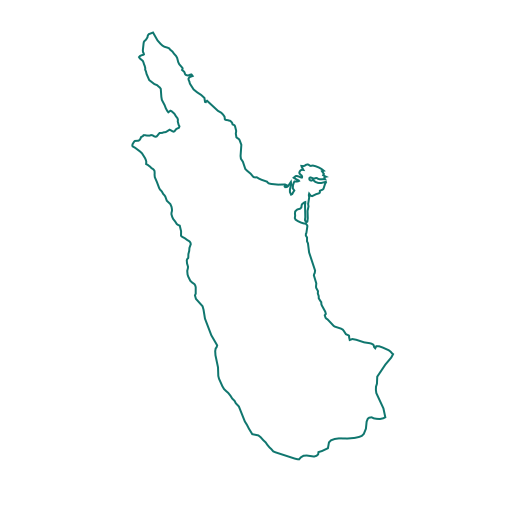 map outline of Canterbury (Mercator projection), rotated 288°
{"feature_id": "NZL-3400", "entity_name": "Canterbury", "entity_type": "Regional Council", "adm_level": 1, "iso_a3": "NZL", "parent_name": "New Zealand", "parent_adm1": "", "projection": "mercator", "projection_center": [172.324, -43.488], "detail": "fine", "context": "isolated", "style": "outline", "palette": "teal", "viewbox_px": 512, "rotation_deg": 288, "n_neighbors": 0, "source": "natural_earth", "source_scale": "10m", "svg_char_len": 6098}
<svg xmlns="http://www.w3.org/2000/svg" viewBox="0 0 512 512"><g transform="rotate(288 256 256)"><path d="M436.7,89.0L430.6,95.7L428.3,99.6L427.2,102.0L426.7,104.2L426.8,107.5L426.6,109.4L425.8,110.4L424.6,113.4L423.1,115.4L421.5,118.2L420.0,119.8L416.4,122.1L414.7,123.7L412.2,127.8L411.8,128.2L411.2,128.3L410.1,128.2L409.0,130.8L408.1,131.6L407.2,132.2L406.6,133.1L406.5,134.8L406.8,135.8L408.2,137.5L408.7,138.5L408.2,139.3L407.6,140.1L405.9,137.9L405.0,137.3L403.8,137.0L402.8,137.4L401.1,138.9L400.3,139.3L399.3,140.1L395.1,145.2L393.5,149.4L392.2,154.1L390.4,158.1L386.8,159.9L386.8,160.7L387.4,160.8L388.5,161.5L382.3,174.9L381.5,178.7L380.3,181.0L378.8,183.0L376.3,184.2L376.1,185.4L376.5,187.5L376.4,188.7L376.6,189.3L376.5,189.9L375.9,191.2L375.2,192.2L374.5,192.6L373.9,193.1L373.8,194.6L373.5,195.4L372.7,196.1L369.2,198.3L368.4,198.6L366.1,199.0L362.8,200.7L362.4,201.8L362.1,203.0L361.7,203.9L361.0,204.7L357.2,207.7L346.4,210.4L343.8,211.6L341.6,214.4L335.5,218.9L334.4,221.0L332.6,225.5L330.7,228.5L330.3,229.4L330.5,231.0L331.1,232.4L330.5,235.0L330.2,237.8L330.1,243.6L329.5,244.3L329.0,245.8L329.2,248.1L330.7,255.0L333.0,261.5L332.8,263.2L331.8,261.9L330.9,261.8L330.5,262.5L331.1,264.0L332.3,264.9L337.2,266.3L335.0,267.3L329.7,267.7L327.3,268.5L325.2,270.4L326.1,271.3L328.3,271.7L330.1,272.2L331.7,270.1L334.7,269.3L337.6,269.3L338.8,269.6L339.2,271.2L339.9,272.8L340.7,273.7L341.0,273.3L341.4,270.5L342.1,267.7L344.2,269.0L344.7,270.0L344.8,271.8L344.6,274.9L344.9,275.5L346.0,275.2L346.7,274.4L347.2,273.1L347.9,271.9L348.9,271.4L350.1,271.5L351.3,272.0L352.2,273.0L352.5,274.5L354.8,272.0L355.7,271.4L356.1,273.3L357.0,274.5L358.1,275.3L359.0,276.7L359.1,277.5L358.5,279.7L358.7,280.4L359.3,281.5L359.6,282.1L359.8,285.1L359.6,288.3L359.0,291.4L358.0,294.1L357.0,292.6L355.0,295.2L353.6,294.9L353.1,297.2L353.0,298.0L352.4,297.0L351.7,296.8L351.0,297.2L350.3,298.0L350.0,296.6L349.0,294.1L348.6,292.6L348.6,290.9L348.9,290.0L348.8,289.1L347.8,287.7L347.4,286.3L347.6,284.6L347.5,283.3L346.5,282.7L345.2,283.2L344.7,284.3L344.9,285.6L346.0,286.6L344.8,289.6L344.7,292.6L345.6,295.5L348.1,299.5L347.8,299.8L346.0,299.4L340.7,299.4L339.7,298.8L337.8,296.6L336.0,297.1L335.0,296.4L333.4,294.1L330.3,290.9L330.2,289.4L331.7,287.3L330.3,287.4L328.1,288.5L321.6,289.5L319.4,290.6L314.8,291.1L307.8,293.6L304.6,294.2L303.9,293.7L304.2,292.6L305.0,291.7L306.0,291.3L308.1,290.9L320.1,286.7L321.3,286.6L322.5,286.2L321.9,285.4L319.7,283.9L318.7,283.7L316.2,284.1L314.8,283.5L314.3,282.9L313.3,281.3L312.6,280.6L310.5,279.5L308.5,279.9L306.4,280.8L304.1,281.2L302.8,282.4L302.1,285.1L301.7,288.4L301.7,291.1L302.1,293.4L301.8,293.9L300.9,295.3L300.0,295.7L293.4,296.8L292.5,296.6L290.8,297.1L289.4,298.8L285.7,300.0L284.1,301.5L275.8,305.4L260.4,316.7L258.0,317.1L256.7,316.9L255.5,317.0L248.6,321.8L245.6,322.5L244.4,323.0L241.7,325.8L239.4,326.4L237.3,328.0L235.1,328.8L232.9,331.4L232.3,332.3L230.3,333.1L229.3,333.9L224.4,339.1L222.5,340.3L220.9,339.7L218.8,341.2L218.1,342.4L217.9,343.5L213.5,351.5L213.2,352.8L213.2,359.2L212.8,361.3L211.7,362.9L209.4,365.7L209.3,366.7L209.2,368.0L209.0,369.0L208.1,369.5L207.4,369.7L205.1,371.1L206.8,373.3L207.3,377.2L207.3,385.6L208.2,391.0L208.3,392.9L207.9,395.0L206.9,395.9L205.9,396.5L205.1,397.9L207.4,398.3L208.2,401.0L208.1,404.7L207.4,411.3L206.6,413.6L205.6,415.2L205.0,416.7L201.2,416.0L192.8,412.6L178.7,408.6L171.9,410.5L168.8,410.5L165.7,411.4L162.8,412.8L150.4,424.3L142.6,428.8L141.0,427.2L139.3,424.3L138.5,421.4L138.0,418.3L138.3,415.8L137.2,413.6L135.8,412.6L132.7,412.4L125.7,413.9L120.1,413.5L117.6,412.2L115.8,410.0L113.5,406.1L110.7,399.5L108.2,391.3L106.3,387.4L103.9,384.3L101.3,383.0L95.4,383.8L90.9,379.0L88.8,376.0L86.5,376.4L84.7,375.3L83.2,373.2L81.9,365.8L80.7,362.9L78.4,360.9L75.9,359.8L75.5,358.1L75.3,355.4L75.3,335.2L75.5,332.8L77.1,330.2L78.1,328.0L80.0,325.0L81.7,322.8L83.1,319.8L85.1,316.4L86.1,313.7L85.4,307.5L89.7,302.5L92.5,299.7L95.2,296.5L107.6,286.2L109.7,282.3L111.6,280.4L113.1,277.4L115.2,274.9L117.2,271.9L118.4,269.1L119.6,266.7L121.7,264.3L127.9,258.7L130.3,257.2L138.3,254.3L149.1,248.1L152.9,246.6L155.6,246.2L156.9,246.7L159.0,246.7L166.8,238.0L180.7,226.8L188.7,222.7L191.7,220.7L196.7,212.1L199.7,210.1L201.5,210.3L207.7,208.3L209.2,207.3L210.2,206.2L211.1,203.3L212.1,201.2L215.5,197.9L217.3,196.6L220.6,195.2L223.2,195.0L224.7,194.7L225.9,193.9L227.6,192.7L230.5,191.5L231.5,191.5L232.3,191.7L232.9,192.1L233.3,192.1L233.9,192.0L236.9,191.1L240.2,190.9L243.1,190.2L247.1,190.3L248.3,189.6L249.2,188.5L249.6,187.3L249.9,185.8L250.9,182.8L251.4,180.0L251.8,178.9L252.2,178.4L256.4,177.1L261.3,174.1L261.5,172.1L261.9,170.8L263.8,168.5L265.6,165.8L267.2,164.3L269.5,162.7L270.8,162.3L273.1,162.1L274.5,161.6L276.6,160.5L278.9,158.5L281.0,154.1L284.6,151.3L285.5,150.1L286.3,148.6L288.0,146.8L288.7,145.8L289.5,144.2L290.7,142.9L295.6,139.0L299.7,135.4L302.0,134.4L303.5,134.0L305.5,133.2L306.5,132.0L307.0,130.8L307.2,129.6L308.3,127.5L308.7,126.2L309.1,125.2L309.5,123.1L311.8,122.5L313.2,121.6L314.7,120.3L318.4,115.9L319.5,113.6L321.6,107.5L322.1,104.8L322.7,104.3L323.6,104.1L324.5,104.1L327.2,104.8L328.0,105.3L329.4,108.7L330.8,109.6L332.3,109.9L333.5,109.9L335.1,111.4L336.1,111.7L336.6,113.2L336.8,114.9L337.6,117.6L338.6,118.9L338.8,120.4L338.4,121.8L338.3,123.4L338.9,124.5L340.2,125.1L341.6,125.6L343.2,126.3L344.0,128.6L345.1,130.0L345.7,131.4L346.3,132.2L349.4,134.8L349.2,136.3L348.8,138.0L348.8,139.3L349.6,140.0L351.0,140.5L352.2,141.0L354.2,143.1L355.7,143.1L356.8,141.9L359.8,140.0L361.3,139.7L362.7,138.8L364.2,136.6L366.1,134.4L367.6,131.0L367.7,129.7L365.6,128.2L366.6,126.7L368.6,124.6L371.2,122.5L375.4,118.2L378.1,116.8L385.5,113.8L386.5,112.5L387.1,110.9L387.9,109.2L388.1,106.2L390.3,100.1L395.4,95.6L397.4,94.4L399.0,93.0L400.5,92.6L402.4,91.4L403.8,90.2L405.4,89.1L406.6,88.0L408.0,84.5L409.0,83.3L410.4,83.9L411.6,85.2L412.4,86.5L413.1,87.1L414.1,86.5L415.1,85.5L416.7,84.8L423.4,83.4L424.8,83.2L426.0,83.5L427.1,84.2L428.1,84.6L430.4,85.2L432.0,85.0L433.1,85.2L434.0,85.6L434.4,86.2L436.7,89.0Z" fill="none" stroke="#0f766e" stroke-width="2"/></g></svg>